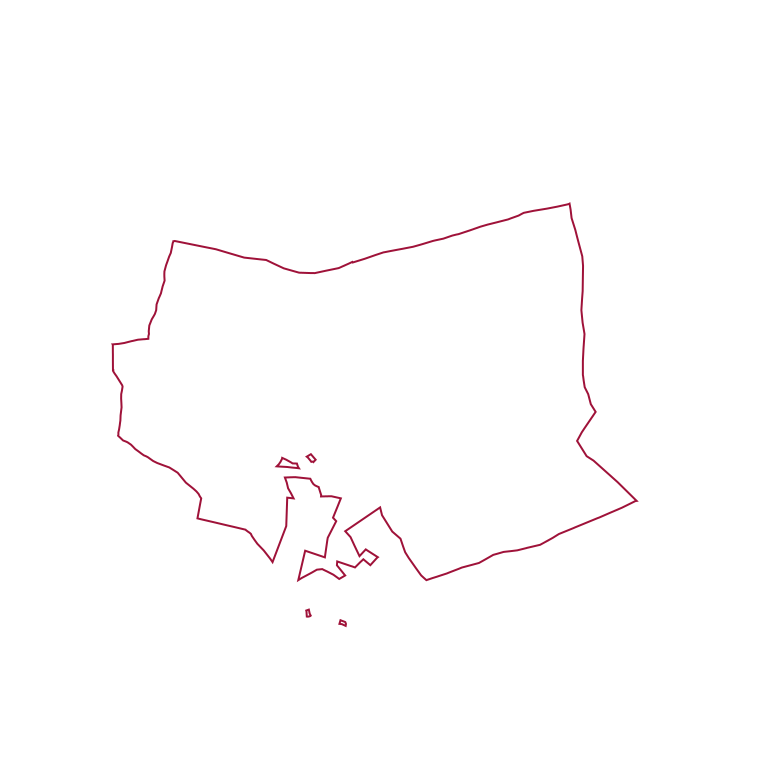 the district of Pegunungan Arfak, Papua Barat, Indonesia, rotated 148°
{"feature_id": "22746128B30560862468368", "entity_name": "Pegunungan Arfak", "entity_type": "district", "adm_level": 2, "iso_a3": "IDN", "parent_name": "Indonesia", "parent_adm1": "Papua Barat", "projection": "robinson", "projection_center": [133.846, -1.202], "detail": "fine", "context": "isolated", "style": "outline", "palette": "rose", "viewbox_px": 768, "rotation_deg": 148, "n_neighbors": 0, "source": "geoboundaries", "source_scale": "gbopen_adm2", "svg_char_len": 4982}
<svg xmlns="http://www.w3.org/2000/svg" viewBox="0 0 768 768"><g transform="rotate(148 384 384)"><path d="M231.7,151.0L237.9,177.0L246.9,208.0L250.4,215.4L250.4,223.4L250.4,232.6L250.4,233.4L246.3,235.7L241.9,238.2L237.7,240.1L219.3,248.2L219.3,257.3L216.2,267.2L215.5,274.9L212.8,281.2L211.0,285.1L210.6,286.2L203.1,298.2L196.2,308.1L187.5,320.1L186.4,322.7L183.1,330.7L177.5,342.0L170.7,351.5L166.3,357.5L152.6,378.7L148.2,387.2L143.9,401.3L142.0,407.4L140.1,413.3L137.0,425.3L133.3,433.1L131.1,438.6L131.4,438.6L133.3,439.1L143.1,442.6L152.7,446.3L165.4,451.6L174.8,455.1L177.1,455.3L180.6,455.5L186.1,456.7L188.8,457.3L191.5,457.8L200.3,460.6L201.9,461.1L209.3,463.5L211.4,464.2L218.8,466.3L219.7,466.5L228.6,468.5L241.4,471.6L243.5,472.4L247.5,473.7L256.6,475.8L264.6,478.7L266.7,479.4L276.7,482.1L279.9,483.0L286.7,485.0L292.9,487.4L296.3,488.7L301.6,490.8L308.0,493.3L313.5,495.4L314.7,495.9L320.9,497.4L322.5,497.8L334.0,500.4L346.1,503.6L346.1,503.9L346.1,504.3L350.3,504.8L361.0,506.3L373.1,510.8L383.9,514.7L387.2,516.8L397.0,523.4L402.0,528.9L407.7,535.2L413.8,544.6L418.2,551.6L424.2,556.3L435.6,565.3L439.7,569.9L447.6,578.8L455.1,587.3L457.1,589.2L458.8,590.8L461.8,593.6L485.7,616.2L486.5,616.5L487.8,617.0L487.3,616.5L487.2,616.3L488.5,615.5L491.1,612.6L495.4,608.1L498.7,605.9L502.8,602.6L505.5,600.5L506.2,599.9L510.5,595.9L512.0,593.7L513.4,591.4L515.3,587.9L520.1,584.0L521.2,582.9L523.5,580.7L525.1,579.1L528.3,576.9L529.4,576.2L534.7,572.0L538.1,567.3L541.2,564.8L542.3,564.2L543.4,563.6L546.7,561.9L552.0,558.0L554.4,554.9L555.6,553.3L556.8,551.0L558.5,549.4L559.9,547.2L563.5,549.0L564.2,549.4L568.3,551.5L569.3,552.0L574.0,553.6L575.3,554.1L578.7,555.2L582.5,556.4L587.7,558.6L593.1,561.4L593.1,561.1L597.3,554.3L598.5,552.3L601.7,547.2L606.5,539.4L606.3,539.3L606.2,539.2L606.9,538.2L606.9,537.0L606.9,535.6L606.7,532.4L606.7,528.5L606.7,525.1L606.7,521.7L606.9,520.9L607.1,520.3L609.9,517.1L612.2,514.7L614.6,511.0L615.6,509.2L616.7,507.2L618.9,503.3L624.0,497.0L627.0,492.6L628.3,491.1L630.0,489.0L632.8,485.8L635.0,483.6L636.0,481.9L636.3,481.6L636.5,481.4L636.9,481.1L636.9,480.9L636.2,478.4L635.2,474.4L633.4,472.0L632.4,470.5L630.7,466.6L629.9,463.1L629.8,462.5L629.4,460.6L628.1,457.4L627.4,455.6L627.1,454.8L626.7,453.7L625.5,450.8L623.8,448.4L623.7,448.1L623.2,447.4L620.6,441.1L620.0,440.1L618.2,437.2L614.0,431.7L610.3,427.0L608.1,422.5L606.0,418.1L604.3,405.4L603.9,404.2L601.1,396.2L600.5,394.1L600.0,392.3L599.5,389.0L599.7,386.6L599.7,385.2L599.6,383.9L603.4,379.8L613.4,368.9L611.1,366.5L609.2,364.6L604.6,360.0L601.6,357.0L592.1,347.4L590.4,345.7L587.4,342.7L578.6,333.8L578.5,333.1L578.4,332.9L577.5,330.6L576.9,329.3L576.6,328.3L576.3,327.5L576.6,325.2L576.4,320.3L576.1,315.7L574.2,306.6L573.2,297.2L573.1,296.2L572.9,292.0L554.6,305.9L542.2,315.3L526.3,338.9L521.3,334.9L520.8,340.6L520.6,346.4L518.7,352.0L517.6,357.2L512.5,354.3L508.6,352.0L505.4,349.5L496.7,342.7L496.8,341.8L496.9,341.0L497.0,338.7L496.9,336.5L496.2,334.5L495.3,333.1L495.1,332.8L494.3,331.6L494.0,331.3L495.2,326.8L496.1,323.2L497.0,322.0L492.6,319.4L489.1,317.3L488.0,316.6L481.2,309.9L487.6,305.2L493.7,300.8L498.1,297.6L497.5,294.5L497.2,293.0L513.2,283.4L514.9,281.5L524.1,270.6L526.0,268.3L539.2,284.4L560.6,263.1L556.7,263.1L548.1,262.5L544.9,262.3L539.3,262.1L534.4,259.7L533.8,258.6L531.5,255.0L531.2,254.5L528.0,249.1L527.3,247.4L526.2,244.7L525.3,242.4L518.4,242.2L520.0,255.2L517.7,258.3L510.3,249.3L508.6,247.2L507.7,246.2L506.6,244.8L505.8,243.8L498.5,245.5L496.3,245.9L494.4,246.3L491.6,237.6L482.0,240.3L481.0,240.4L484.7,248.2L486.5,252.0L487.1,253.4L496.0,251.0L494.7,262.4L493.5,271.9L494.9,279.7L452.7,281.4L455.2,273.8L455.2,264.2L455.2,263.5L455.2,254.5L452.0,244.1L452.2,243.2L453.9,236.0L455.2,230.1L455.2,228.3L455.2,228.1L455.2,223.4L454.6,212.6L454.6,212.3L454.0,203.1L453.9,201.9L452.9,198.3L452.1,195.6L452.0,195.2L445.7,193.7L441.1,192.5L438.6,191.9L431.0,190.0L429.7,189.8L425.5,189.0L418.3,187.6L415.3,187.1L404.2,183.7L398.3,181.9L394.2,181.7L389.9,181.5L381.9,181.2L377.5,179.9L371.5,178.2L368.6,176.8L365.3,175.2L359.1,172.3L349.9,169.3L349.7,169.3L347.4,168.5L336.8,164.9L324.5,164.2L322.4,164.1L317.2,164.1L315.2,164.1L299.7,161.4L298.2,161.2L274.1,157.1L272.2,156.7L260.7,155.0L250.4,153.4L247.8,153.0L240.9,152.3L232.8,151.5L231.7,151.0ZM510.2,374.5L509.5,375.3L506.9,371.4L506.6,370.8L504.6,367.2L503.6,365.1L500.0,362.7L500.8,359.5L500.8,357.6L502.1,358.7L505.9,361.6L509.3,364.3L509.9,364.8L517.8,370.4L518.6,371.0L515.6,371.7L512.9,372.9L510.6,374.3L510.2,374.5ZM487.5,361.9L488.0,363.3L483.2,363.2L482.1,356.0L485.2,355.2L485.3,355.8L486.9,356.5L487.0,358.0L487.5,361.9ZM567.3,232.5L570.0,233.1L570.4,231.9L571.3,230.3L572.7,227.7L571.8,227.0L570.5,226.5L569.6,226.3L568.9,226.4L568.7,228.7L568.1,230.3L567.3,232.5ZM544.8,205.0L546.1,206.7L548.9,204.2L547.3,202.9L546.9,202.6L546.8,202.4L544.7,199.2L543.4,200.7L543.0,202.6L543.4,203.2L544.7,204.9L544.8,205.0Z" fill="none" stroke="#9f1239" stroke-width="2"/></g></svg>